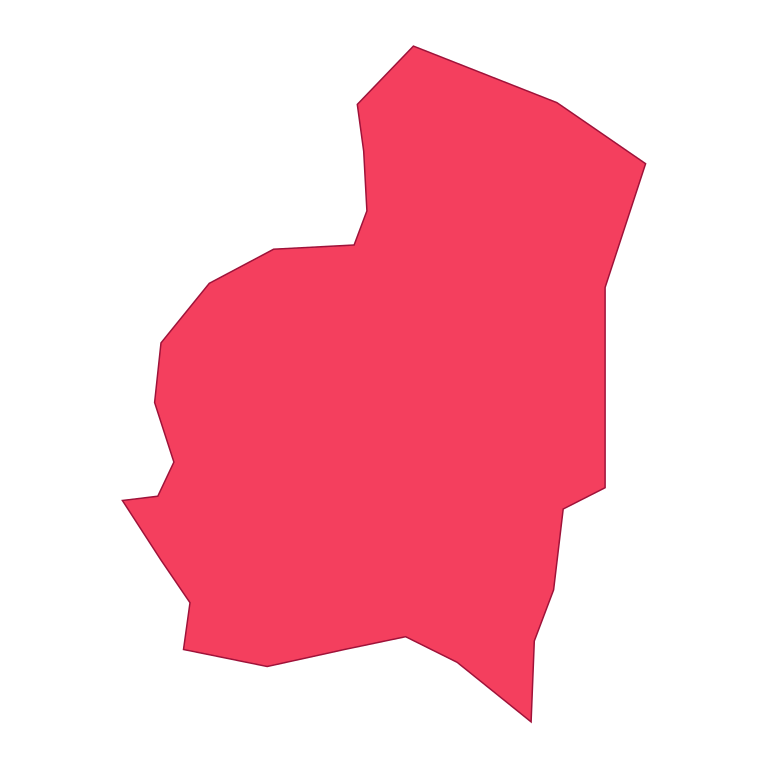 an SVG outline of Xagħra
{"feature_id": "MLT-5978", "entity_name": "Xagħra", "entity_type": "state/province", "adm_level": 1, "iso_a3": "MLT", "parent_name": "Malta", "parent_adm1": "", "projection": "equal_earth", "projection_center": [14.268, 36.052], "detail": "fine", "context": "isolated", "style": "filled", "palette": "rose", "viewbox_px": 768, "rotation_deg": 0, "n_neighbors": 0, "source": "natural_earth", "source_scale": "10m", "svg_char_len": 466}
<svg xmlns="http://www.w3.org/2000/svg" viewBox="0 0 768 768"><path d="M413.4,46.1L557.0,102.7L645.6,163.7L605.1,287.5L605.1,487.7L563.2,509.0L553.6,589.9L534.3,641.0L531.1,721.9L457.1,662.3L405.6,636.7L344.4,649.5L267.2,666.5L183.5,649.5L190.0,602.7L161.0,560.1L122.4,500.5L157.8,496.2L173.9,462.1L154.6,402.5L161.0,342.9L209.3,283.3L273.6,249.2L354.1,245.0L366.9,210.9L363.7,151.3L357.3,104.4L413.4,46.1Z" fill="#f43f5e" stroke="#9f1239" stroke-width="1.5"/></svg>